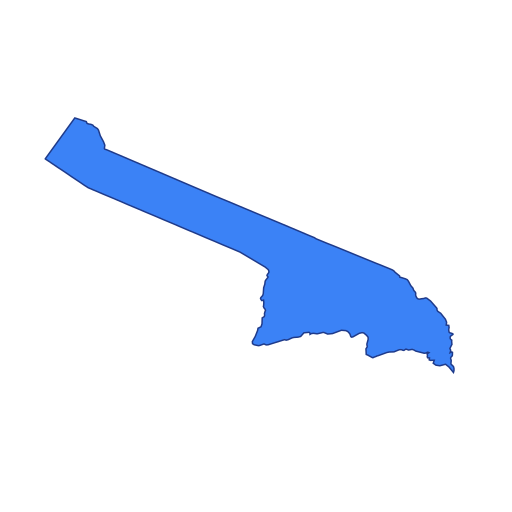 SVG path tracing the border of Caprivi, rotated 37°
{"feature_id": "NAM-3356", "entity_name": "Caprivi", "entity_type": "Region", "adm_level": 1, "iso_a3": "NAM", "parent_name": "Namibia", "parent_adm1": "", "projection": "equal_earth", "projection_center": [23.77, -17.975], "detail": "fine", "context": "isolated", "style": "filled", "palette": "blue", "viewbox_px": 512, "rotation_deg": 37, "n_neighbors": 0, "source": "natural_earth", "source_scale": "10m", "svg_char_len": 3614}
<svg xmlns="http://www.w3.org/2000/svg" viewBox="0 0 512 512"><g transform="rotate(37 256 256)"><path d="M70.9,261.7L72.9,261.0L80.6,259.1L107.3,252.5L134.0,245.9L160.8,239.3L187.5,232.7L209.3,227.1L231.0,221.6L252.8,216.0L274.6,210.5L283.5,208.3L287.8,207.2L291.6,206.2L293.6,206.1L296.7,205.3L301.3,204.1L305.9,202.9L310.5,201.6L315.0,200.4L319.6,199.2L324.1,198.0L328.7,196.8L333.3,195.6L337.9,194.4L342.4,193.2L347.0,192.0L351.5,190.8L356.1,189.6L360.7,188.3L365.3,187.1L369.8,185.9L373.0,185.1L374.9,184.9L376.9,185.3L382.6,185.5L383.7,186.4L384.6,185.9L389.1,184.3L391.0,183.9L392.9,184.4L397.4,186.5L400.6,187.2L402.6,188.5L405.3,189.1L406.2,189.9L406.8,190.9L407.8,191.8L409.5,192.6L410.4,192.8L411.4,192.7L412.5,192.1L414.2,190.2L415.3,189.3L415.9,188.4L416.7,187.4L417.7,186.9L422.5,186.9L431.6,188.8L432.2,189.1L432.7,189.8L433.4,190.4L434.5,190.8L438.0,190.6L445.3,192.5L448.1,194.2L449.5,196.7L451.7,195.4L452.9,196.6L453.1,196.7L454.3,199.0L456.0,200.6L457.0,200.7L459.0,199.9L460.1,199.7L460.5,200.1L459.7,202.6L459.7,203.6L460.4,204.7L461.0,205.2L461.7,205.4L463.0,205.4L463.3,206.0L465.2,208.2L465.6,208.5L466.4,212.7L466.6,213.4L467.6,213.7L468.4,214.4L468.9,215.4L469.2,216.4L470.1,214.8L470.9,214.7L472.4,216.8L472.8,217.6L472.6,219.5L472.8,220.3L473.3,220.9L474.5,221.7L475.0,222.3L476.4,224.6L477.2,225.1L479.0,225.2L480.5,225.6L481.9,226.8L483.1,228.4L483.8,230.2L476.8,228.5L472.5,228.4L468.9,233.0L465.4,234.9L462.1,235.0L461.1,232.0L458.1,234.4L456.8,234.7L455.9,233.0L454.3,234.0L453.4,233.4L452.7,232.1L451.6,231.2L452.3,229.1L451.1,229.4L450.6,230.1L450.2,231.0L449.4,232.0L448.7,232.5L440.8,235.8L438.8,236.0L436.9,236.6L434.4,239.3L432.3,239.9L431.6,240.4L430.9,242.4L430.0,242.9L429.0,243.1L428.1,243.6L427.3,244.2L426.7,244.8L423.9,249.5L420.2,252.5L418.6,254.3L413.2,262.6L412.8,262.9L412.5,263.7L411.0,266.0L410.6,266.9L409.6,267.2L404.7,267.9L403.3,268.3L399.7,264.0L399.5,261.7L399.0,260.9L398.3,260.5L397.5,259.5L395.7,255.0L394.4,253.4L392.0,252.8L388.4,252.6L386.8,253.4L385.0,255.6L382.0,262.4L381.0,263.4L380.0,263.2L378.2,261.9L377.0,261.5L374.8,261.1L372.7,261.5L368.9,263.9L363.8,271.9L360.2,275.2L356.3,276.2L355.5,276.7L352.4,280.5L351.6,281.4L348.5,283.1L347.2,284.3L346.7,285.0L346.3,286.0L345.9,285.5L345.4,285.1L344.8,284.9L344.2,285.1L340.5,288.5L340.1,293.4L338.4,295.5L335.3,298.2L334.0,299.8L332.1,303.4L330.8,305.0L329.1,305.7L319.1,319.6L317.6,320.9L315.3,321.4L312.8,325.2L312.1,326.0L311.6,326.3L307.9,328.0L306.0,328.1L304.6,326.6L303.8,320.6L302.1,314.5L301.1,312.5L302.6,309.5L301.6,306.5L298.2,301.7L299.1,299.4L298.5,298.1L297.4,296.9L296.8,295.4L296.3,293.7L295.2,293.0L293.8,292.7L292.3,291.9L291.8,290.8L290.2,288.4L288.6,286.7L287.5,288.1L286.6,287.9L285.6,287.5L285.1,287.1L284.9,286.3L285.1,283.9L285.0,283.1L284.4,281.6L281.2,276.7L280.0,273.2L278.7,271.0L278.4,270.3L278.3,269.3L278.4,265.9L278.1,265.4L277.3,265.3L276.5,265.0L276.2,264.0L276.2,262.0L276.0,261.1L275.4,260.4L274.0,259.5L270.0,259.3L262.7,260.1L253.5,261.1L240.9,262.5L231.6,264.8L222.6,267.1L213.6,269.3L204.6,271.6L195.6,273.8L186.6,276.1L177.7,278.3L168.7,280.5L159.7,282.8L150.7,285.0L141.7,287.3L132.8,289.5L123.8,291.8L114.8,294.0L105.8,296.2L96.9,298.5L87.9,300.7L86.1,301.2L84.2,301.6L82.4,302.1L80.6,302.5L78.6,302.6L76.6,302.8L71.6,303.0L66.6,303.3L61.6,303.6L56.6,303.8L50.6,304.1L44.5,304.5L38.5,304.8L32.5,305.1L29.3,305.3L29.2,305.2L28.2,254.8L29.8,254.2L39.6,250.8L41.3,251.8L43.1,251.2L44.9,250.2L46.9,249.7L48.4,250.1L52.7,249.7L54.5,250.3L59.3,253.7L65.4,256.5L68.6,258.5L70.3,261.5L70.9,261.7Z" fill="#3b82f6" stroke="#1e3a8a" stroke-width="1.5"/></g></svg>